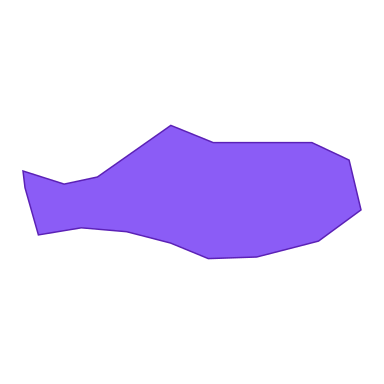 Rotuma, Natural Earth projection
{"feature_id": "FJI-2658", "entity_name": "Rotuma", "entity_type": "Division", "adm_level": 1, "iso_a3": "FJI", "parent_name": "Fiji", "parent_adm1": "", "projection": "natural_earth1", "projection_center": [177.065, -12.496], "detail": "fine", "context": "isolated", "style": "filled", "palette": "violet", "viewbox_px": 384, "rotation_deg": 0, "n_neighbors": 0, "source": "natural_earth", "source_scale": "10m", "svg_char_len": 330}
<svg xmlns="http://www.w3.org/2000/svg" viewBox="0 0 384 384"><path d="M349.1,160.1L361.0,209.9L318.5,241.1L256.7,257.0L208.3,258.6L170.4,243.0L126.6,231.7L81.3,227.8L38.4,234.9L25.0,187.7L23.0,171.0L64.1,184.1L97.4,177.0L170.8,125.4L213.2,142.6L311.9,142.6L349.1,160.1Z" fill="#8b5cf6" stroke="#5b21b6" stroke-width="1.5"/></svg>